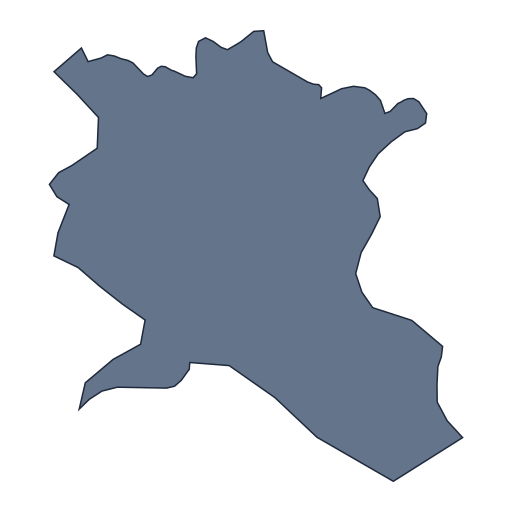 outline of İmişli
{"feature_id": "AZE-1704", "entity_name": "İmişli", "entity_type": "District", "adm_level": 1, "iso_a3": "AZE", "parent_name": "Azerbaijan", "parent_adm1": "", "projection": "robinson", "projection_center": [48.046, 39.851], "detail": "fine", "context": "isolated", "style": "filled", "palette": "slate", "viewbox_px": 512, "rotation_deg": 0, "n_neighbors": 0, "source": "natural_earth", "source_scale": "10m", "svg_char_len": 1399}
<svg xmlns="http://www.w3.org/2000/svg" viewBox="0 0 512 512"><path d="M189.1,369.7L188.9,369.7L181.3,380.3L174.6,386.2L166.6,388.1L117.3,387.2L101.9,391.1L89.3,399.3L79.2,409.1L79.4,408.4L85.3,382.8L113.1,359.4L140.6,344.2L145.1,320.0L122.4,304.1L99.4,286.0L78.2,267.6L53.9,255.9L58.0,232.8L69.1,204.5L56.9,196.7L49.4,184.4L58.7,172.6L71.7,165.6L97.2,148.2L98.5,117.5L77.3,94.5L54.0,71.7L81.4,48.0L88.1,61.6L101.2,58.0L107.5,54.8L114.4,56.0L120.3,58.4L121.4,58.8L127.9,60.4L132.9,62.9L143.5,74.0L147.6,76.5L151.9,75.0L157.6,68.2L161.2,66.3L165.2,66.7L171.6,70.3L174.5,71.2L185.3,76.3L193.1,77.7L196.6,73.8L195.9,56.8L196.3,48.0L198.6,41.4L205.5,37.8L213.3,41.5L221.0,47.3L227.5,49.7L240.7,41.9L253.7,31.4L263.7,30.7L267.7,52.6L272.6,61.8L307.4,81.9L313.5,84.2L318.7,84.6L321.6,87.8L320.7,98.5L341.6,88.7L353.5,86.3L364.9,87.8L369.7,90.4L375.6,94.9L380.5,100.5L384.9,113.4L390.1,111.5L398.0,103.4L400.4,102.4L403.7,100.4L408.0,98.7L413.5,98.5L418.8,101.7L421.9,106.4L426.7,113.6L425.5,123.0L417.5,128.6L404.9,131.8L391.1,141.9L378.2,153.8L369.4,166.8L362.9,180.6L369.3,189.8L377.3,198.5L380.2,216.6L371.8,233.8L361.1,252.7L355.7,273.6L361.9,292.2L372.7,307.7L411.8,320.4L442.6,346.4L441.3,357.0L437.9,366.5L437.0,384.2L437.2,402.1L447.2,420.8L462.6,437.6L393.3,481.3L317.0,437.3L274.9,397.6L229.2,365.6L189.8,362.5L189.2,369.6L189.1,369.7Z" fill="#64748b" stroke="#1e293b" stroke-width="1.5"/></svg>